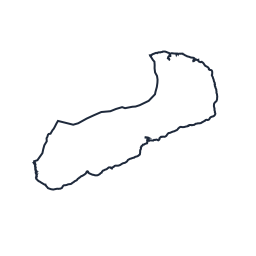 South Erromango, Tafea, Vanuatu (Robinson projection), rotated 310°
{"feature_id": "77236927B89058038610930", "entity_name": "South Erromango", "entity_type": "district", "adm_level": 2, "iso_a3": "VUT", "parent_name": "Vanuatu", "parent_adm1": "Tafea", "projection": "robinson", "projection_center": [169.191, -18.905], "detail": "fine", "context": "isolated", "style": "outline", "palette": "slate", "viewbox_px": 256, "rotation_deg": 310, "n_neighbors": 0, "source": "geoboundaries", "source_scale": "gbopen_adm2", "svg_char_len": 5845}
<svg xmlns="http://www.w3.org/2000/svg" viewBox="0 0 256 256"><g transform="rotate(310 128 128)"><path d="M42.2,77.5L42.0,77.8L41.2,78.0L41.3,78.3L41.0,78.2L41.1,78.6L40.5,78.7L40.4,79.0L40.7,79.0L41.0,79.8L40.6,80.6L40.1,80.8L39.8,80.6L39.6,80.7L39.3,81.3L38.6,81.6L38.6,81.8L38.5,82.0L38.6,82.6L37.9,83.0L37.6,82.9L37.5,83.3L37.4,83.4L37.0,83.4L36.7,83.6L36.7,84.0L36.4,84.0L36.3,84.3L36.1,84.4L36.0,84.7L36.3,85.0L36.3,85.3L36.0,85.4L35.9,86.0L35.5,85.9L35.7,86.4L35.1,86.3L35.0,86.2L34.9,86.3L34.5,86.2L34.2,86.4L33.9,86.7L33.9,87.1L33.7,87.4L33.7,87.6L34.0,88.0L33.5,88.1L33.3,88.4L33.0,88.5L32.8,88.4L32.5,88.7L32.4,89.0L31.9,88.8L31.6,89.1L31.7,89.4L31.4,89.6L30.7,89.5L30.1,90.4L30.2,90.7L29.8,92.6L30.0,93.3L29.9,93.9L30.3,95.4L30.4,97.0L30.6,97.7L30.8,99.4L31.1,100.7L31.5,101.1L31.2,101.4L31.2,102.2L30.9,102.7L30.8,104.0L30.5,105.4L31.7,108.5L32.4,109.6L32.7,110.2L36.0,112.8L36.6,113.8L37.2,114.2L37.7,114.9L38.3,115.3L39.4,115.8L39.9,115.9L41.3,115.5L42.5,115.6L43.0,115.8L44.1,117.0L45.4,117.9L46.3,118.3L47.3,119.2L48.0,119.9L49.0,120.5L50.1,120.6L51.7,121.2L52.8,121.3L55.0,122.3L56.8,122.2L57.8,122.6L58.7,122.6L59.3,122.9L61.2,123.2L61.8,123.7L62.5,124.0L63.2,124.1L64.3,124.6L65.2,124.7L65.9,124.9L66.9,124.7L67.3,124.9L67.6,124.6L68.0,124.4L68.4,124.5L68.8,124.8L68.9,125.4L68.4,126.5L68.3,127.2L69.4,130.9L69.8,131.4L70.6,133.2L71.8,134.7L72.5,135.2L74.5,136.0L75.7,136.0L76.9,136.5L77.6,136.2L79.2,136.2L80.2,136.8L81.1,137.1L82.7,138.1L85.4,138.6L86.0,139.2L86.6,140.0L86.4,140.4L86.4,140.9L86.6,141.7L87.9,141.4L88.8,142.0L90.3,142.1L91.2,142.7L92.3,144.1L93.1,144.9L94.7,145.8L96.5,146.3L97.9,146.9L99.3,148.0L101.1,148.6L102.0,148.7L103.3,148.5L103.8,148.6L105.8,149.4L106.5,150.0L106.9,150.1L108.2,151.0L108.7,151.2L109.3,151.8L110.4,152.0L110.9,152.3L112.1,153.2L113.5,153.8L113.8,153.7L115.3,154.1L117.6,152.7L117.8,152.4L118.1,152.1L119.2,151.5L119.6,151.6L120.8,151.0L121.1,150.6L121.3,150.6L121.4,150.3L121.7,150.2L122.3,150.2L122.9,150.0L123.7,150.4L124.7,150.1L125.0,150.2L125.1,150.4L125.5,150.9L126.7,151.2L127.2,151.6L127.9,151.9L128.4,152.4L128.6,152.4L129.0,152.3L129.2,151.9L130.2,151.6L130.5,150.9L131.3,150.3L131.7,150.3L132.5,150.7L132.9,150.7L133.2,150.5L133.4,150.1L133.0,149.4L133.2,149.5L133.2,149.2L131.7,146.6L133.2,148.9L133.5,149.9L133.6,150.0L133.5,149.6L133.7,149.9L133.6,150.2L133.3,150.7L132.6,151.0L131.9,150.6L131.4,150.6L131.2,151.0L130.9,151.2L130.9,151.5L131.3,151.9L131.7,152.1L132.0,152.6L132.3,152.6L132.7,152.8L134.6,155.4L135.4,155.5L135.7,155.6L136.2,156.4L137.3,157.1L137.7,157.8L138.0,159.1L139.0,159.4L139.6,159.3L139.8,159.0L140.4,158.7L142.4,158.9L142.8,159.2L142.9,159.7L143.9,160.3L144.5,161.4L145.3,162.0L146.6,162.4L147.5,162.3L148.8,162.2L149.6,162.2L150.3,162.4L151.3,163.3L153.0,164.1L154.4,164.9L155.3,165.6L156.8,166.2L157.6,166.7L158.8,166.9L159.8,166.8L161.8,167.1L162.8,167.7L163.7,169.2L164.7,170.3L166.7,171.7L167.6,172.5L168.2,172.5L168.4,173.0L168.6,173.1L169.3,172.9L169.9,173.3L170.9,174.4L170.9,174.7L171.2,175.2L171.8,175.6L173.0,176.7L174.7,177.1L175.8,178.1L176.5,178.5L177.3,179.5L178.5,180.6L179.9,181.1L180.3,181.1L180.7,181.4L181.9,181.8L182.9,182.3L183.5,182.2L184.3,182.5L184.8,182.9L185.4,184.0L186.3,184.5L186.9,184.6L188.6,184.3L189.4,184.4L191.0,185.2L191.3,185.6L191.6,185.7L192.5,186.1L193.5,186.2L195.0,185.8L195.5,185.2L195.8,184.5L196.7,183.8L197.0,183.1L197.5,182.5L198.2,182.1L198.4,181.7L198.7,181.5L199.6,180.2L200.0,179.7L201.8,178.4L202.8,178.2L204.0,178.2L204.8,178.4L205.7,178.4L207.4,177.7L208.3,176.9L209.2,176.4L211.2,174.3L211.4,173.8L211.9,173.1L212.2,172.8L212.6,172.6L213.8,171.2L214.3,170.8L214.8,169.6L215.1,169.2L215.4,168.6L215.8,168.3L215.9,167.7L216.2,167.3L217.4,166.6L217.5,166.3L217.4,166.1L217.9,165.8L218.4,165.3L218.9,164.0L220.3,162.2L220.7,161.3L221.5,160.2L221.8,159.4L222.4,158.2L223.2,158.0L223.6,157.6L224.3,157.2L225.5,156.0L225.7,155.6L225.9,154.8L225.4,153.7L225.0,153.2L225.1,152.9L224.9,152.3L225.5,151.9L225.9,150.4L225.6,148.3L225.4,147.7L225.3,147.1L225.5,146.6L225.5,146.1L226.1,144.3L226.2,142.9L226.1,142.4L225.8,142.0L225.9,141.8L225.2,141.4L224.9,141.0L224.9,140.7L224.5,139.8L224.6,138.9L225.0,138.5L224.8,138.3L224.9,137.9L225.1,137.8L224.6,137.5L224.4,137.1L224.4,136.4L224.1,135.7L223.4,135.3L222.8,135.7L222.4,135.6L222.3,135.4L222.2,134.8L221.5,135.1L220.7,135.8L221.1,135.1L221.8,134.5L222.4,134.7L222.8,135.0L223.2,134.9L223.5,135.0L224.0,134.4L224.0,133.5L223.8,132.9L222.4,130.8L221.8,129.0L220.9,127.2L220.9,126.8L220.4,125.0L220.2,123.4L219.9,122.7L220.1,122.1L219.6,121.4L218.8,120.8L218.5,120.1L217.5,119.2L217.2,118.9L216.8,119.0L217.0,118.5L216.6,117.7L216.1,117.6L215.4,117.8L215.8,117.2L215.8,116.8L214.6,115.3L213.4,113.4L212.4,112.8L211.5,112.9L210.9,113.4L210.7,113.9L210.3,114.2L209.7,113.5L209.4,113.4L208.3,113.3L207.2,113.8L207.2,114.0L207.4,114.9L207.0,115.8L207.2,116.5L206.9,115.8L207.3,114.8L207.0,113.8L208.2,113.2L209.4,113.2L209.9,113.4L210.4,113.2L210.9,112.7L211.6,112.5L212.0,112.5L212.0,112.0L211.7,110.9L211.2,109.7L211.0,108.7L210.5,107.6L210.4,107.2L209.0,105.6L208.8,105.6L208.0,105.2L207.7,104.8L206.9,104.2L206.6,104.1L206.5,103.8L205.5,102.9L205.4,102.6L204.1,102.2L204.1,101.9L203.6,101.2L201.6,100.1L201.4,100.1L200.4,99.4L200.1,99.4L199.8,99.2L199.5,99.3L198.8,98.9L198.1,99.3L198.2,99.1L198.1,98.8L198.2,98.5L197.8,98.1L197.6,98.4L197.1,100.4L196.1,103.4L195.8,105.6L193.3,108.0L190.8,110.0L188.0,113.0L186.5,116.8L184.0,119.6L181.5,121.5L178.0,123.7L173.2,125.9L171.2,127.0L162.1,126.4L153.0,122.3L149.3,120.0L147.1,117.7L141.3,113.0L140.2,110.1L134.9,106.6L129.5,103.7L123.1,97.3L116.1,93.8L108.7,90.3L99.6,86.8L95.3,83.9L88.4,69.8L85.5,70.3L81.7,71.2L79.6,71.6L77.8,71.6L73.8,72.3L72.5,71.1L71.2,71.1L69.5,71.9L67.8,72.2L65.6,74.3L61.0,75.0L57.3,76.7L53.7,78.6L45.1,79.3L42.2,77.5Z" fill="none" stroke="#1e293b" stroke-width="2"/></g></svg>